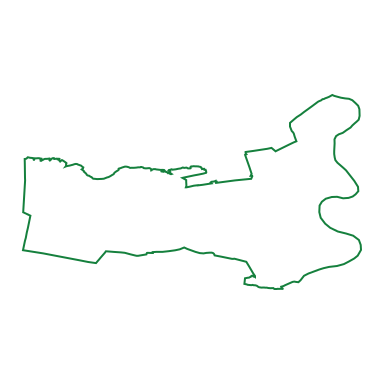 the district of Tuglui, Dolj, Romania
{"feature_id": "2599482B43089269321770", "entity_name": "Tuglui", "entity_type": "district", "adm_level": 2, "iso_a3": "ROU", "parent_name": "Romania", "parent_adm1": "Dolj", "projection": "natural_earth1", "projection_center": [23.773, 44.207], "detail": "fine", "context": "isolated", "style": "outline", "palette": "green", "viewbox_px": 384, "rotation_deg": 0, "n_neighbors": 0, "source": "geoboundaries", "source_scale": "gbopen_adm2", "svg_char_len": 5886}
<svg xmlns="http://www.w3.org/2000/svg" viewBox="0 0 384 384"><path d="M298.4,282.2L300.5,280.3L304.0,275.8L308.5,273.5L319.3,269.5L323.5,268.2L329.1,266.9L337.0,266.0L343.9,264.1L348.9,261.5L354.2,258.5L357.7,255.7L361.0,249.9L360.7,244.9L358.9,240.0L353.2,235.7L346.0,233.5L337.8,231.5L330.2,227.8L325.2,223.7L320.7,217.8L319.3,212.1L319.6,205.5L321.9,201.7L325.8,198.7L331.8,197.0L337.1,196.8L343.1,198.3L348.6,197.9L352.7,196.5L355.6,194.3L358.3,191.2L358.0,186.8L354.3,180.9L346.0,170.3L343.5,168.0L340.4,165.3L337.5,162.8L335.4,160.2L334.7,157.5L334.2,154.0L334.2,151.1L334.6,143.5L334.5,139.3L336.1,136.1L338.8,134.3L342.7,132.9L344.7,131.5L346.3,130.3L350.6,127.5L352.3,125.5L354.6,123.4L356.7,121.6L358.7,119.7L359.6,115.9L359.4,109.2L358.2,105.8L355.4,103.0L352.3,100.2L349.0,98.8L345.1,98.4L340.9,97.7L334.3,95.9L332.3,95.0L329.1,96.8L327.2,97.6L325.2,98.3L323.9,99.0L323.5,99.1L322.5,99.2L322.1,99.5L321.7,99.9L321.2,100.3L318.4,101.5L317.4,102.2L311.5,106.6L304.3,111.8L300.7,114.6L296.8,117.1L294.4,119.1L290.0,122.9L290.0,126.6L291.7,130.9L292.0,131.3L293.1,132.4L293.5,133.1L293.8,133.6L294.7,136.7L296.4,141.3L293.9,142.3L289.3,144.5L276.3,150.9L275.6,151.3L271.5,147.9L267.3,148.8L253.5,150.9L245.6,152.0L245.6,152.8L245.7,153.1L245.7,153.4L245.9,153.7L246.4,154.3L245.1,154.9L249.4,167.1L251.6,173.8L250.6,175.9L252.2,175.9L252.3,176.2L251.2,178.8L235.0,180.4L223.6,181.9L216.0,182.9L215.8,182.1L216.9,182.0L216.8,181.7L216.1,181.7L215.8,180.8L215.2,181.1L214.0,181.5L211.5,181.8L210.7,182.4L211.6,183.4L202.7,184.8L197.8,185.4L197.8,185.2L193.8,185.7L189.6,186.7L186.6,187.3L186.2,187.3L185.9,187.3L186.3,186.1L186.4,185.7L186.3,183.6L186.2,182.1L186.2,180.9L186.2,180.1L185.5,179.6L182.5,177.9L183.2,177.7L194.0,175.4L198.4,174.6L203.3,173.6L206.1,172.8L206.3,172.2L206.1,171.6L206.1,171.0L205.8,170.5L205.6,169.8L205.1,169.8L204.5,169.8L204.5,169.5L204.1,168.8L201.1,169.2L202.0,168.9L201.8,168.3L201.4,168.1L201.3,167.5L201.1,167.3L200.1,166.8L199.2,166.7L198.3,166.4L194.9,166.3L193.6,166.2L192.4,166.4L191.5,166.4L190.8,166.6L190.5,167.0L190.5,167.4L190.7,168.0L190.5,168.3L189.2,168.4L188.1,168.4L187.5,168.2L187.0,167.8L186.5,167.6L184.1,167.9L183.4,167.7L182.9,167.5L181.6,168.0L180.8,168.4L178.1,168.8L175.9,169.3L172.5,169.7L172.0,169.4L171.3,169.3L170.9,169.6L168.8,170.1L168.6,170.4L169.5,170.8L169.8,171.0L169.4,171.2L169.7,171.8L170.0,172.3L170.7,173.4L171.6,174.0L171.0,174.2L170.0,173.8L169.3,173.4L168.9,172.9L167.9,172.5L167.7,172.9L166.6,171.9L166.2,172.0L165.9,171.9L165.2,171.5L164.6,171.4L164.2,171.5L163.7,171.8L162.9,171.6L162.1,171.6L161.8,171.5L162.0,171.3L162.6,171.2L164.3,170.2L164.1,170.0L163.7,169.9L163.1,170.0L162.0,169.8L161.3,170.0L156.1,169.4L155.2,169.1L153.8,169.1L152.7,169.4L152.0,169.7L151.6,170.3L151.2,170.4L151.2,169.2L150.5,168.6L149.3,168.1L146.9,168.3L145.1,168.3L143.8,168.1L143.0,167.4L142.3,167.3L141.6,167.0L140.7,167.0L140.2,167.3L139.4,167.3L138.3,167.3L136.4,167.6L133.9,167.8L131.3,167.8L130.1,167.9L128.7,167.2L126.8,166.7L125.0,166.6L122.1,167.5L120.4,168.2L119.0,168.5L118.6,168.8L118.7,169.4L118.7,169.7L118.0,170.4L116.4,171.3L114.5,172.7L113.6,174.2L112.3,174.9L110.4,176.1L108.5,177.1L107.2,177.4L103.9,178.7L101.8,178.9L97.1,179.1L94.6,178.8L94.2,178.8L93.2,178.7L92.5,178.2L92.0,177.5L91.3,177.0L90.6,176.8L90.2,176.5L89.0,175.7L88.4,175.7L87.4,175.3L86.7,174.7L86.3,173.9L85.6,173.1L85.0,172.7L84.5,172.0L83.9,171.7L83.9,171.1L82.8,170.2L81.7,169.4L82.1,169.1L82.6,168.9L82.9,168.6L83.3,167.4L82.2,166.7L81.2,165.7L80.1,165.3L78.4,164.7L77.8,164.5L77.5,164.2L76.0,163.9L74.4,164.2L73.0,164.7L69.6,165.6L67.3,166.0L66.1,166.3L65.6,166.5L65.9,166.1L66.1,165.4L66.1,163.7L66.4,163.5L66.4,163.0L64.2,161.4L62.1,160.1L61.8,160.1L60.2,161.5L60.0,161.2L59.6,160.9L59.3,160.5L59.3,160.3L59.0,160.1L58.9,159.9L58.8,159.7L58.7,159.5L59.3,159.3L59.5,159.0L59.5,158.9L58.9,158.7L58.1,159.4L57.5,159.4L57.1,158.7L56.6,158.7L54.3,159.0L54.0,158.9L53.9,158.6L53.9,158.2L53.1,158.1L52.0,158.5L50.5,160.0L49.9,160.5L49.5,160.1L49.7,159.7L49.8,159.1L49.7,158.6L49.4,158.5L47.9,158.8L44.9,158.9L43.6,159.4L42.9,159.9L42.0,160.3L41.0,160.9L40.6,160.7L41.5,159.1L41.5,158.7L39.8,158.4L39.6,158.6L39.1,158.2L38.0,158.2L36.8,158.3L34.9,158.3L34.7,158.4L34.5,158.8L34.2,159.6L34.0,159.9L33.9,159.9L33.7,159.7L33.6,159.3L33.5,159.1L33.5,158.8L33.6,158.7L33.6,158.4L33.4,158.3L33.4,158.2L33.2,158.2L32.4,158.0L30.2,157.8L29.2,157.6L28.5,157.4L27.7,157.3L26.9,158.2L26.4,158.6L25.9,158.8L24.7,159.0L24.8,163.6L25.0,178.0L25.1,180.4L23.2,212.3L30.4,215.7L29.8,218.6L27.9,227.9L26.8,232.5L25.8,237.9L25.0,240.7L23.0,250.2L43.3,253.4L56.9,256.0L80.1,260.4L88.2,262.0L96.0,263.1L97.5,261.3L99.0,259.6L100.3,258.0L104.9,252.7L105.9,251.3L107.6,251.4L113.7,251.9L120.9,252.4L124.8,252.8L130.3,254.3L135.2,255.5L136.6,255.8L138.1,255.8L146.4,254.4L146.7,253.4L146.9,253.0L147.1,252.9L149.4,252.9L152.8,253.0L152.7,252.1L155.9,251.9L162.2,251.9L168.6,251.2L175.1,250.3L179.8,249.3L184.2,247.5L187.2,248.9L195.5,251.9L199.8,253.1L203.5,253.4L206.4,252.9L209.3,252.7L211.9,252.7L213.1,253.1L214.0,253.9L214.4,254.7L214.6,255.4L221.4,256.7L232.2,258.9L233.1,258.9L234.3,258.7L246.3,261.8L249.1,266.4L253.2,273.4L255.0,276.0L255.0,277.0L254.7,276.8L253.9,276.7L253.2,276.4L253.0,275.9L252.7,275.7L251.7,275.8L251.1,276.2L250.7,276.9L249.9,277.1L249.1,277.6L247.4,277.8L245.0,278.3L244.4,283.9L246.7,284.4L247.6,284.8L250.6,285.1L251.8,285.1L252.7,284.9L253.4,285.2L255.3,285.3L256.7,285.7L257.6,286.3L258.3,286.9L259.3,287.3L260.1,287.4L261.4,287.6L264.0,287.5L265.3,287.7L267.0,287.7L267.5,287.8L268.1,288.0L270.6,288.2L272.8,288.1L273.4,288.1L273.5,288.3L273.9,288.7L274.6,289.0L277.0,289.0L277.4,288.9L277.6,288.8L278.9,288.9L280.6,288.8L283.4,288.9L282.2,288.4L281.5,287.6L281.2,286.7L282.7,286.3L284.0,285.8L284.9,285.3L292.1,282.1L293.0,281.8L294.4,281.6L295.9,281.9L298.4,282.2Z" fill="none" stroke="#15803d" stroke-width="2"/></svg>